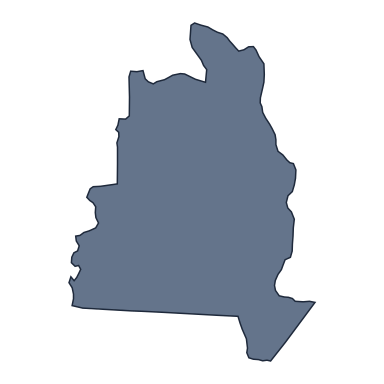 São Sebastião, Alagoas, Brazil
{"feature_id": "56859067B68585195821070", "entity_name": "São Sebastião", "entity_type": "district", "adm_level": 2, "iso_a3": "BRA", "parent_name": "Brazil", "parent_adm1": "Alagoas", "projection": "natural_earth1", "projection_center": [-36.551, -9.955], "detail": "fine", "context": "isolated", "style": "filled", "palette": "slate", "viewbox_px": 384, "rotation_deg": 0, "n_neighbors": 0, "source": "geoboundaries", "source_scale": "gbopen_adm2", "svg_char_len": 1865}
<svg xmlns="http://www.w3.org/2000/svg" viewBox="0 0 384 384"><path d="M143.0,70.6L136.9,71.7L130.7,71.2L129.0,76.9L129.5,97.1L129.3,115.9L125.6,119.1L119.2,118.8L117.9,125.2L115.8,129.6L118.7,132.3L118.9,136.6L116.9,142.9L117.5,147.1L117.5,164.2L117.3,183.9L100.6,186.3L93.2,186.7L90.2,188.8L88.4,193.2L86.8,197.3L89.8,200.5L93.0,202.7L95.7,206.8L95.3,212.6L95.9,217.6L98.5,223.0L95.7,227.9L89.1,230.9L83.9,232.5L80.0,235.4L75.7,236.1L76.3,241.0L79.2,245.8L77.6,250.9L73.9,252.8L71.8,257.2L71.4,262.7L75.1,266.3L78.6,265.5L80.7,269.3L78.7,273.6L76.7,277.5L74.1,280.7L70.9,276.8L69.0,282.7L72.2,287.8L73.5,294.1L73.5,298.8L72.1,305.6L82.7,308.1L131.7,310.9L142.4,311.3L162.7,312.3L217.7,315.3L238.0,316.3L240.1,323.2L242.3,329.4L246.4,338.8L247.5,348.1L246.8,352.7L248.9,357.8L253.3,359.2L258.6,359.6L262.7,360.8L267.0,360.2L270.6,361.0L285.3,342.4L315.0,302.4L309.5,301.3L303.2,301.8L295.2,301.3L292.4,298.5L288.4,297.3L284.3,297.0L279.2,295.8L275.5,290.5L274.5,285.5L275.3,280.5L278.0,274.4L281.4,269.6L283.0,265.2L285.1,259.7L290.4,257.3L292.2,251.0L292.4,244.2L293.0,236.3L293.3,227.9L294.3,219.2L291.4,211.9L287.8,208.0L286.3,202.5L288.0,195.7L292.3,191.6L294.3,184.9L295.5,178.3L295.9,169.9L293.4,163.6L289.8,162.7L286.9,160.0L282.9,155.0L278.0,151.3L275.9,144.6L275.9,139.8L275.1,134.7L272.1,128.6L269.7,124.3L265.7,118.2L262.7,112.4L261.9,106.7L260.2,102.9L260.4,97.8L262.6,88.2L263.9,82.2L264.3,74.5L264.1,69.2L263.9,63.8L259.0,56.6L256.0,50.0L253.4,46.6L248.6,46.8L243.9,49.8L238.7,51.1L235.8,48.0L232.8,44.5L229.7,41.1L227.2,37.7L222.8,34.0L217.3,32.2L212.4,29.7L207.9,27.0L200.8,25.1L194.6,23.0L191.0,25.3L190.0,39.5L192.2,47.5L201.4,60.3L203.6,65.5L206.7,69.6L205.5,82.3L195.5,79.3L184.7,74.0L180.4,73.6L172.7,75.2L168.6,77.5L164.5,79.7L156.8,81.7L153.3,83.9L148.3,81.8L145.2,78.8L143.0,70.6Z" fill="#64748b" stroke="#1e293b" stroke-width="1.5"/></svg>